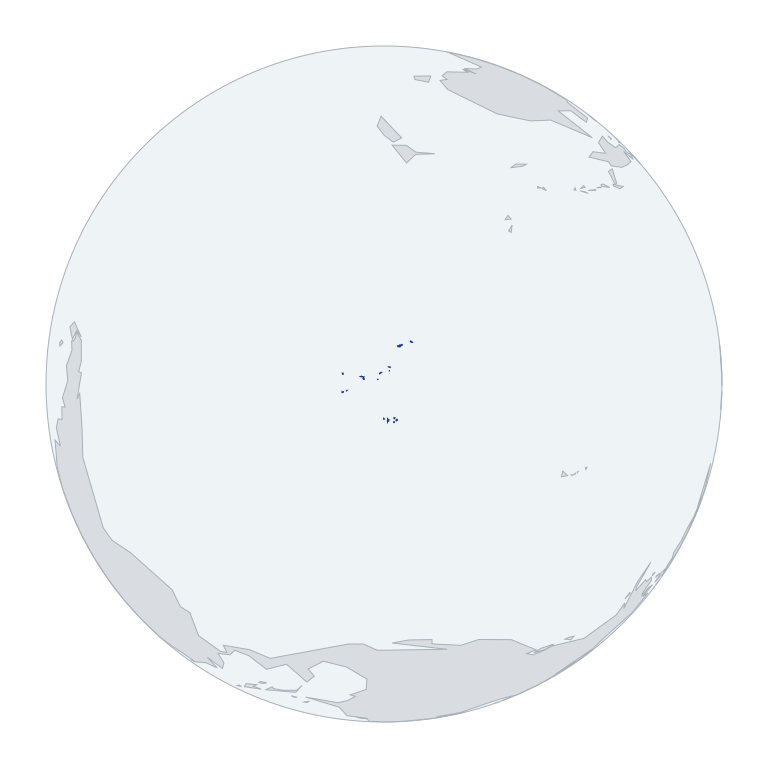 French Polynesia on an orthographic globe, rotated 137°
{"feature_id": "PYF", "entity_name": "French Polynesia", "entity_type": "country or territory", "adm_level": 0, "iso_a3": "PYF", "parent_name": "Oceania", "parent_adm1": "", "projection": "orthographic", "projection_center": [-142.778, -14.829], "detail": "fine", "context": "on_globe", "style": "filled", "palette": "blue", "viewbox_px": 768, "rotation_deg": 137, "n_neighbors": 0, "source": "natural_earth", "source_scale": "50m", "svg_char_len": 7816}
<svg xmlns="http://www.w3.org/2000/svg" viewBox="0 0 768 768"><g transform="rotate(137 384 384)"><circle cx="384" cy="384" r="338" fill="#eef3f6" stroke="#a8b0b8"/><path d="M187.6,408.2L188.4,410.7L188.1,411.1L187.6,408.2ZM499.2,66.3L507.2,70.7L513.7,74.3L525.6,79.9L552.1,91.6L560.1,96.8L572.4,104.7L568.9,101.7L558.0,94.8L554.5,92.3L548.5,88.8L575.6,105.6L600.9,124.9L603.5,127.2L602.6,126.3L615.9,138.2L618.9,141.5L625.3,147.9L624.5,150.4L629.0,155.4L631.4,159.3L624.2,150.9L637.2,166.6L637.2,178.3L654.9,208.6L635.2,182.5L626.7,177.4L617.9,175.1L620.8,179.8L605.3,172.7L597.7,179.9L604.5,202.7L617.4,222.6L633.8,227.2L634.3,217.8L643.7,218.7L646.4,245.5L664.5,255.5L668.1,277.3L674.7,291.0L681.4,291.0L689.1,300.1L691.2,289.2L696.1,286.2L699.7,304.8L699.6,290.2L704.3,301.6L711.8,309.8L712.2,313.3L719.1,343.5L720.5,353.2L721.9,378.6L721.3,404.2L718.8,429.6L714.4,454.7L708.2,479.5L700.0,503.7L690.1,527.2L689.3,528.5L679.8,545.9L662.8,567.3L663.1,559.2L653.6,575.3L646.0,580.8L643.6,577.6L635.1,587.1L632.9,584.7L628.6,593.2L613.1,602.0L603.6,614.1L589.2,621.5L583.0,628.6L582.0,627.3L577.8,628.4L573.4,631.8L575.5,622.4L589.7,607.2L598.9,601.2L597.7,598.5L618.6,582.4L613.0,584.6L635.7,556.8L654.3,535.8L687.5,470.1L689.5,455.0L684.4,433.6L679.3,377.9L684.8,359.9L681.9,349.2L691.2,326.5L686.0,300.0L682.0,294.8L679.7,302.5L663.5,281.4L654.3,260.9L587.1,217.9L576.4,207.9L570.4,193.7L518.8,147.0L554.7,189.0L540.2,179.7L523.2,164.3L526.1,161.1L505.9,140.4L488.9,132.5L465.2,110.1L454.0,85.7L463.4,89.5L459.6,84.1L447.5,79.6L440.5,78.1L411.0,61.5L371.6,56.7L357.1,59.7L361.8,56.3L333.0,66.6L310.3,71.7L337.3,63.5L341.0,61.0L326.2,62.5L326.9,60.4L320.2,60.3L322.3,58.1L337.9,54.6L339.5,53.4L329.0,54.7L324.4,54.1L339.7,52.2L333.3,51.2L358.2,47.6L397.3,48.3L412.5,48.1L456.5,54.9L453.9,53.8L468.9,57.2L471.4,57.6L478.9,59.7L476.0,58.8L499.2,66.3ZM312.6,198.4L312.2,191.8L317.6,195.2L312.6,198.4ZM308.6,188.5L309.4,190.5L308.0,188.9L308.6,188.5ZM305.3,187.7L307.7,188.3L304.8,188.3L305.3,187.7ZM300.7,187.6L303.2,187.4L302.9,187.7L300.7,187.6ZM658.8,218.7L679.1,241.2L672.1,238.7L672.6,236.7L666.5,228.6L656.7,219.6L649.3,219.4L658.8,218.7ZM294.0,185.4L292.3,184.6L294.7,183.8L294.0,185.4ZM657.8,205.1L654.7,202.7L657.1,203.8L657.8,205.1ZM437.2,78.0L447.2,79.9L457.9,85.2L449.5,83.7L437.2,78.0ZM417.0,69.9L421.9,69.6L425.7,74.0L421.7,72.8L417.0,69.9ZM346.5,63.1L354.5,62.5L346.5,63.9L346.5,63.1ZM318.8,60.8L316.4,61.8L313.9,61.5L318.8,60.8ZM520.1,74.7L520.3,74.8L517.7,73.6L517.1,73.4L520.1,74.7ZM314.9,57.9L311.7,57.5L317.6,57.2L314.9,57.9ZM513.7,72.0L512.8,71.6L508.2,69.8L504.5,68.3L513.7,72.0ZM311.6,56.9L303.7,57.0L297.5,58.9L310.6,54.4L313.0,55.2L321.3,54.3L314.3,55.7L311.6,56.9ZM469.9,57.2L465.1,56.0L464.8,55.9L469.9,57.2ZM440.9,50.9L444.4,51.5L443.1,51.3L455.9,53.8L460.9,55.0L444.8,52.4L433.7,50.3L441.4,51.3L426.4,49.0L428.9,49.1L429.9,49.2L440.9,50.9ZM319.1,52.4L319.5,52.3L322.1,51.8L319.1,52.4ZM427.9,48.9L421.2,48.7L414.5,47.8L414.7,47.5L412.1,47.2L423.9,48.4L427.9,48.9ZM568.0,640.6L573.4,624.9L572.2,632.6L581.3,629.3L574.8,640.0L568.0,640.6ZM590.5,633.1L595.1,632.8L593.3,635.2L589.7,636.0L590.5,633.1ZM303.2,55.9L310.6,54.4L297.5,58.9L291.2,60.4L287.3,63.1L273.5,66.7L260.2,71.8L247.3,75.8L237.9,80.3L237.5,80.9L224.5,88.4L199.1,103.2L221.5,88.0L260.0,70.0L244.5,76.5L248.6,74.5L243.4,76.7L232.7,81.8L255.5,71.5L279.1,62.8L303.2,55.9ZM232.3,82.0L230.7,82.9L229.0,83.7L232.3,82.0ZM712.0,309.9L713.3,314.6L712.4,313.2L712.0,309.9ZM673.5,245.4L676.7,247.4L679.1,251.0L677.1,250.6L673.5,245.4ZM694.5,259.9L697.0,263.6L695.4,262.9L694.5,259.9ZM681.8,244.4L692.5,257.8L689.2,258.9L682.1,250.9L685.7,252.0L681.8,244.4ZM661.1,214.1L663.6,216.4L664.4,219.2L661.1,214.1ZM659.6,206.1L659.0,205.9L656.8,202.9L659.6,206.1ZM203.2,552.0L212.2,554.4L214.3,565.6L213.1,577.3L203.5,581.8L203.2,552.0ZM152.2,588.8L139.7,577.3L145.6,574.3L153.6,585.4L152.2,588.8ZM204.9,543.3L202.5,531.7L189.7,517.7L204.3,530.3L216.8,530.3L215.2,553.2L204.9,543.3ZM64.1,493.0L56.6,466.6L57.8,464.9L53.8,439.5L57.6,437.5L61.0,456.5L70.3,464.9L63.7,422.1L82.1,463.3L97.5,476.6L116.9,504.1L136.6,555.9L136.0,567.8L130.1,563.8L131.4,569.7L125.1,569.4L110.2,554.9L111.9,560.8L105.1,548.1L110.1,560.0L101.5,551.1L96.6,549.4L111.0,583.0L110.8,582.9L96.6,561.8L84.1,539.7L73.2,516.7L64.1,493.0ZM129.9,447.6L133.8,448.5L143.9,455.8L137.4,454.9L129.9,447.6ZM178.6,417.9L183.4,421.6L178.3,422.7L178.6,417.9ZM188.1,411.1L181.9,412.8L187.6,408.2L188.1,411.1ZM135.0,420.0L138.0,422.6L137.0,423.7L135.0,420.0ZM133.2,419.2L133.5,414.6L135.0,419.1L133.2,419.2ZM110.4,397.2L111.5,394.8L112.7,396.4L110.4,397.2ZM50.9,440.6L49.8,433.8L49.7,431.5L51.2,442.8L50.9,440.6ZM106.8,392.8L102.8,393.0L102.6,390.6L106.8,392.8ZM105.8,387.4L104.7,384.2L108.9,391.5L105.8,387.4ZM97.1,381.3L102.8,386.3L96.7,382.0L97.1,381.3ZM94.7,382.5L91.3,380.5L91.3,379.5L94.7,382.5ZM68.1,393.2L79.3,410.1L72.8,411.4L64.6,401.6L62.5,414.3L55.2,416.4L55.5,408.6L53.4,398.7L48.7,398.8L47.7,392.9L48.5,386.9L46.7,384.4L48.5,378.3L50.1,390.8L51.6,378.4L56.1,378.2L62.2,380.2L69.1,388.6L68.1,393.2ZM50.4,408.6L50.9,408.1L51.0,412.8L50.4,408.6ZM84.9,373.8L89.8,379.8L89.6,381.6L87.4,380.9L84.9,373.8ZM70.3,385.7L76.9,372.2L78.9,372.0L74.9,386.3L70.3,385.7ZM74.3,365.3L78.3,365.9L81.0,371.9L80.3,373.9L74.3,365.3ZM46.6,403.3L46.6,402.2L46.8,406.1L46.7,404.8L46.6,403.3ZM46.5,398.8L47.5,400.5L46.7,402.3L46.5,398.8ZM46.2,375.0L46.3,370.5L46.3,375.3L46.2,387.8L46.1,378.7L46.2,375.0ZM124.1,168.1L124.5,167.6L127.1,164.5L135.4,155.2L138.1,152.2L130.6,160.7L114.8,180.0L111.7,183.9L124.1,168.1ZM155.0,135.5L154.5,136.3L150.4,140.3L142.5,147.8L143.4,146.8L142.0,148.2L155.0,135.5ZM160.2,130.9L159.2,131.7L159.4,131.5L160.2,130.9ZM315.9,53.0L319.2,52.4L316.9,52.8L315.9,53.0Z" fill="#d9dde1" stroke="#a8b0b8" stroke-width="1"/><path d="M347.3,401.4L348.1,401.7L348.3,402.1L348.1,402.4L347.7,402.3L347.5,402.2L347.2,401.7L346.4,401.8L345.9,401.7L345.6,401.0L345.5,400.7L346.2,400.3L347.0,400.4L347.2,400.8L347.3,401.4ZM405.8,353.9L406.7,354.3L406.9,354.2L406.7,354.5L405.8,354.7L405.5,354.8L405.2,354.7L405.0,354.4L405.8,353.9ZM399.8,349.3L399.2,349.4L398.9,349.4L398.7,348.9L398.8,348.6L399.8,348.6L399.9,348.8L399.9,349.0L399.8,349.3ZM335.5,397.0L335.2,397.0L335.1,396.3L335.1,396.2L335.4,396.4L335.7,396.9L335.5,397.0ZM344.5,400.6L344.4,400.8L344.1,400.7L344.0,400.4L344.0,400.2L344.5,400.2L344.7,400.3L344.5,400.6ZM402.8,349.5L402.4,349.5L402.3,349.2L402.6,349.0L402.9,349.1L403.0,349.2L403.0,349.3L402.8,349.5ZM399.7,352.3L399.4,352.0L399.3,351.9L399.7,351.7L400.0,351.8L399.7,352.3ZM368.7,392.9L368.7,393.0L368.4,392.7L368.2,392.2L367.9,391.8L367.9,391.5L368.1,391.9L368.4,392.3L368.5,392.6L368.7,392.9ZM395.0,401.9L395.1,402.0L394.9,402.0L394.8,401.7L395.0,401.5L395.1,401.3L395.3,401.1L395.8,400.9L396.0,400.8L395.9,400.9L395.2,401.3L395.0,401.6L394.9,401.8L395.0,401.9ZM407.9,358.8L407.7,358.9L407.7,358.3L408.0,358.4L408.1,358.5L407.9,358.8ZM394.9,403.9L395.0,404.0L394.7,403.9L394.5,403.6L394.2,403.2L394.4,403.2L394.6,403.4L394.9,403.9ZM335.1,395.7L335.0,395.8L334.9,395.7L334.9,395.3L335.1,395.4L335.2,395.5L335.1,395.7ZM405.6,355.3L405.2,355.8L405.2,355.3L405.3,355.2L405.5,355.2L405.6,355.3ZM420.2,406.4L420.1,406.5L420.1,406.4L419.9,406.4L419.7,406.2L419.4,406.1L419.2,406.0L419.3,405.9L419.5,406.0L420.0,406.3L420.2,406.4ZM371.1,390.1L371.1,390.4L371.0,390.1L370.6,389.7L371.1,390.1ZM395.7,405.0L395.8,405.2L395.6,405.1L395.2,404.9L395.2,404.7L395.7,405.0ZM380.3,394.6L380.6,394.9L380.2,394.7L379.6,394.6L379.8,394.5L380.1,394.5L380.3,394.6ZM379.5,394.7L379.3,394.7L378.7,394.3L379.0,394.3L379.3,394.6L379.5,394.7ZM416.4,405.1L415.9,404.7L416.1,404.7L416.4,405.1ZM407.5,419.7L407.4,419.8L407.4,419.7L407.3,419.3L407.2,419.3L407.3,419.2L407.5,419.5L407.5,419.7ZM385.5,391.5L385.4,391.5L385.5,391.1L385.5,391.5Z" fill="#3b82f6" stroke="#1e3a8a" stroke-width="1.5"/></g></svg>